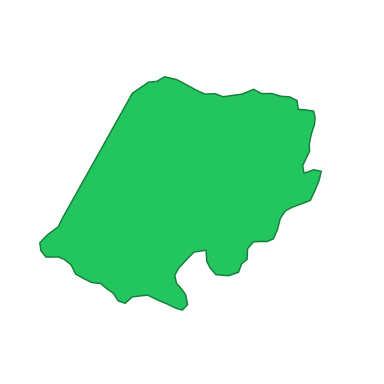 outline of Aloândia, Goiás, Brazil, rotated 33°
{"feature_id": "56859067B93874841442887", "entity_name": "Aloândia", "entity_type": "district", "adm_level": 2, "iso_a3": "BRA", "parent_name": "Brazil", "parent_adm1": "Goiás", "projection": "robinson", "projection_center": [-49.451, -17.693], "detail": "fine", "context": "isolated", "style": "filled", "palette": "green", "viewbox_px": 384, "rotation_deg": 33, "n_neighbors": 0, "source": "geoboundaries", "source_scale": "gbopen_adm2", "svg_char_len": 1141}
<svg xmlns="http://www.w3.org/2000/svg" viewBox="0 0 384 384"><g transform="rotate(33 192 192)"><path d="M289.1,104.2L281.9,107.1L275.8,115.3L270.5,109.6L268.3,93.6L264.2,87.8L260.5,78.5L258.0,68.7L254.6,62.4L249.9,57.9L241.8,61.6L236.1,64.8L230.2,58.1L221.9,59.1L214.9,63.1L205.3,65.9L196.8,71.6L187.8,72.3L180.5,82.8L173.1,89.2L166.2,95.2L157.8,97.0L149.4,102.9L139.6,104.3L126.6,105.3L117.9,106.1L106.3,110.3L102.3,118.3L95.7,123.6L88.2,141.6L97.6,284.2L98.8,293.8L94.2,306.4L92.0,317.4L97.2,323.5L105.0,326.1L115.1,319.4L121.3,318.1L130.1,318.9L139.4,324.2L149.4,323.5L157.5,322.4L165.3,318.5L172.5,319.4L181.5,319.9L189.3,323.5L196.6,321.7L199.0,312.5L210.8,302.7L223.3,301.1L231.7,299.5L242.4,298.1L248.2,296.3L249.6,288.8L242.4,281.4L235.5,278.9L228.7,277.0L222.9,271.2L222.3,263.4L224.5,250.1L226.5,241.2L235.5,233.2L242.4,242.3L248.8,245.9L257.1,248.3L268.3,242.3L274.7,234.0L272.7,225.1L274.9,218.5L269.5,209.3L270.7,200.4L275.8,196.6L281.9,192.7L285.7,187.1L284.2,177.3L280.5,166.2L280.5,157.2L284.1,150.5L290.4,142.1L295.8,134.6L294.2,123.2L292.3,113.2L289.1,104.2Z" fill="#22c55e" stroke="#15803d" stroke-width="1.5"/></g></svg>